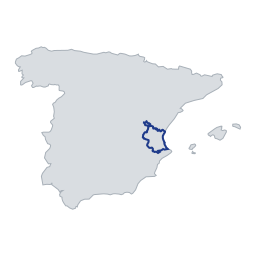 where Valencia sits in Spain
{"feature_id": "ESP-5849", "entity_name": "Valencia", "entity_type": "Autonomous Community", "adm_level": 1, "iso_a3": "ESP", "parent_name": "Spain", "parent_adm1": "", "projection": "natural_earth1", "projection_center": [-1.049, 39.449], "detail": "fine", "context": "in_parent", "style": "outline", "palette": "blue", "viewbox_px": 256, "rotation_deg": 0, "n_neighbors": 0, "source": "natural_earth", "source_scale": "10m", "svg_char_len": 6501}
<svg xmlns="http://www.w3.org/2000/svg" viewBox="0 0 256 256"><path d="M138.4,54.2L138.4,55.0L139.7,56.3L143.7,57.1L144.7,57.7L144.5,59.6L143.6,61.2L144.4,62.0L145.4,61.9L146.6,60.6L146.8,61.5L148.6,62.3L152.6,63.8L155.4,64.0L158.4,66.9L163.1,66.4L167.4,69.2L171.4,68.6L172.3,69.1L178.5,69.2L178.8,66.9L179.6,66.0L190.4,69.2L191.7,71.2L191.5,72.2L192.1,74.5L193.5,74.4L196.4,73.1L200.0,74.7L201.0,76.1L201.8,76.2L204.6,74.8L212.1,76.5L212.4,75.4L212.9,75.1L216.0,74.1L217.3,73.8L221.3,74.6L221.8,75.9L222.6,76.4L222.9,77.6L220.6,78.2L220.4,80.2L221.9,81.9L222.1,84.8L218.1,88.5L206.6,94.8L202.9,98.5L194.3,100.4L185.4,103.2L180.2,108.3L181.5,108.7L183.1,110.4L182.6,111.1L180.3,112.3L178.2,112.6L174.3,118.8L169.0,125.2L167.0,128.1L162.8,135.6L162.8,137.8L164.9,145.2L166.1,147.2L167.8,148.8L171.0,150.2L171.8,151.6L170.7,152.9L167.5,155.2L162.0,158.4L159.6,160.9L159.1,163.3L157.5,164.4L156.9,167.7L154.7,172.4L154.5,173.7L156.2,175.4L154.5,176.4L146.0,176.8L140.7,180.5L138.0,183.7L135.6,189.8L132.7,193.4L131.4,194.0L129.4,192.5L126.9,192.2L124.4,192.7L123.2,194.0L121.2,194.7L119.2,194.1L115.0,193.7L113.2,193.8L110.2,194.8L107.7,194.1L103.5,193.8L94.3,194.6L93.2,195.0L89.1,199.1L84.6,199.2L80.6,200.8L77.8,204.8L77.3,206.9L76.5,206.4L75.9,206.6L75.5,208.2L72.7,209.2L69.6,207.9L67.1,205.9L65.7,205.8L63.6,202.7L62.6,200.8L62.0,198.6L62.0,197.2L60.0,196.3L59.6,194.4L61.0,191.9L63.0,190.5L61.2,190.6L59.9,192.2L58.3,189.6L51.7,184.6L52.1,182.8L51.0,184.1L50.2,184.5L46.8,184.3L42.9,184.9L41.4,176.3L42.5,173.3L47.0,167.4L49.7,166.6L50.9,163.6L48.4,163.8L44.5,157.9L45.7,152.5L49.7,148.5L50.4,146.8L50.6,145.3L49.8,144.3L47.7,143.7L45.5,139.4L45.1,136.8L43.3,135.3L41.8,132.6L43.2,132.2L48.8,132.2L50.2,131.5L51.3,129.8L52.4,126.8L52.7,125.1L50.6,122.5L50.5,122.0L50.8,121.1L54.3,118.3L53.6,116.2L54.3,111.8L54.0,109.2L53.7,107.1L52.6,104.4L53.4,103.2L55.2,102.3L56.7,100.0L58.8,98.2L61.5,96.7L64.7,93.4L64.3,91.9L63.2,91.1L59.3,90.5L59.1,89.8L59.2,86.2L58.2,84.8L56.8,85.0L54.6,84.4L54.1,84.8L51.3,84.6L49.4,84.0L48.6,84.5L48.3,85.8L45.1,87.1L43.3,87.0L40.3,85.9L36.9,86.3L36.5,86.0L33.6,87.5L32.6,87.5L31.5,85.8L33.1,83.2L31.8,80.8L30.9,80.7L25.5,82.5L22.3,84.8L21.0,85.1L20.6,84.7L20.6,81.4L23.9,77.9L21.9,77.6L22.0,76.6L23.4,75.0L22.0,73.8L22.2,70.2L19.2,71.4L18.5,71.2L18.5,69.8L20.3,66.9L18.5,66.6L17.1,65.5L15.4,63.2L15.4,62.0L16.4,59.1L19.0,57.7L21.6,55.8L25.0,56.1L30.2,54.5L31.9,53.6L31.9,52.4L31.3,51.5L31.9,50.6L36.1,48.3L38.6,48.0L41.2,46.8L42.9,47.6L44.4,47.3L46.1,48.2L48.3,50.3L51.6,51.2L54.2,50.5L67.8,50.3L71.6,49.3L74.6,50.6L80.4,51.2L83.8,52.3L93.4,54.1L96.9,54.1L103.9,52.3L105.8,52.8L108.6,51.9L109.9,52.1L111.6,53.3L117.8,55.0L119.4,53.6L120.6,53.3L125.0,54.1L129.4,55.9L131.8,56.0L135.1,55.5L138.4,54.2ZM221.1,129.9L222.7,130.6L224.4,130.0L225.3,130.2L226.2,130.5L226.4,131.9L222.9,138.4L220.0,140.2L217.1,138.8L215.4,138.4L214.9,137.9L214.4,135.8L213.7,135.1L212.6,134.8L210.3,136.5L209.6,135.4L208.5,135.2L208.1,134.5L208.1,133.6L215.0,128.6L217.0,127.4L221.2,126.1L221.9,126.3L221.3,127.1L221.9,127.8L221.1,129.9ZM240.6,127.3L240.0,129.1L234.8,126.7L233.1,126.4L232.7,126.0L232.8,124.2L236.3,123.9L239.1,124.8L240.6,127.3ZM192.7,148.2L192.1,149.5L189.5,149.1L189.0,148.6L189.5,147.1L190.2,146.9L190.3,145.9L191.0,144.8L194.7,144.0L195.5,144.7L195.7,145.7L193.5,148.0L192.7,148.2ZM195.3,153.4L194.9,153.7L192.1,153.5L192.0,152.6L192.6,151.4L193.6,152.6L195.2,152.8L195.3,153.4Z" fill="#d9dde1" stroke="#a8b0b8" stroke-width="1"/><path d="M165.0,131.5L164.9,132.2L164.8,132.6L164.6,132.8L164.2,133.3L164.0,133.6L163.8,133.9L163.7,134.3L163.6,134.6L163.1,135.3L162.9,135.7L162.8,136.4L162.8,137.5L162.9,138.4L163.3,139.8L164.3,142.0L164.5,142.3L164.7,142.7L164.5,142.8L164.3,143.0L164.4,143.4L164.5,144.2L164.8,144.9L165.3,145.6L165.7,146.5L166.3,147.6L166.6,147.9L167.2,148.4L167.8,149.0L164.5,149.6L163.1,149.0L161.4,150.3L158.3,150.8L158.8,151.7L159.2,151.6L159.4,151.5L159.6,151.6L159.8,151.9L158.0,153.0L157.7,152.8L157.4,152.5L156.1,151.7L155.8,151.7L154.6,152.0L154.4,151.9L153.9,151.4L153.6,151.3L153.2,151.4L152.9,151.3L152.7,151.0L152.9,150.9L152.9,150.6L153.0,150.5L153.0,150.3L153.0,150.2L152.8,149.6L152.8,149.4L152.8,149.1L152.9,148.9L152.8,148.7L152.2,147.8L152.0,147.7L151.8,147.6L151.7,147.6L151.2,147.8L150.9,147.9L150.4,147.8L149.9,147.9L149.5,147.9L149.3,147.8L149.0,147.6L147.3,145.7L147.2,145.5L147.1,145.2L147.2,144.8L147.2,144.7L147.3,144.4L147.5,144.1L147.5,143.9L147.6,143.6L147.7,143.4L147.9,143.2L148.0,143.1L148.1,142.9L148.3,142.6L148.4,142.3L148.4,142.2L148.5,142.0L148.5,141.9L148.6,141.6L148.5,141.4L148.5,141.1L148.6,140.8L148.6,140.6L148.6,140.3L148.5,140.1L146.3,139.4L146.1,139.4L145.8,139.3L145.1,138.9L144.7,138.7L144.5,138.8L144.4,138.8L144.2,138.8L144.0,138.7L143.9,138.4L143.9,138.2L143.7,138.2L143.4,137.9L143.3,137.7L143.1,137.7L142.9,137.4L142.8,137.2L142.9,136.9L143.0,136.5L143.0,136.3L143.0,136.2L143.1,135.9L143.1,135.7L143.1,135.4L143.1,135.2L143.1,134.9L143.2,134.7L143.4,134.5L143.6,134.4L143.7,134.1L144.3,133.0L144.4,132.8L144.8,132.5L145.1,132.2L145.3,132.2L145.6,132.2L145.9,132.3L146.0,132.4L146.5,132.4L146.8,132.3L146.9,132.2L147.0,132.1L147.1,131.9L147.1,131.7L147.0,131.4L147.0,131.1L147.0,130.9L147.4,130.2L147.6,130.0L147.7,129.8L147.9,129.5L148.1,128.4L148.2,128.0L148.2,127.7L148.2,127.4L148.2,127.2L148.1,126.9L148.1,126.7L148.9,126.3L149.1,126.1L149.4,126.3L149.7,126.2L149.9,126.2L150.2,126.0L150.6,126.0L151.2,126.0L151.5,126.0L152.0,126.1L152.8,126.4L153.1,126.7L153.1,126.9L153.1,127.1L153.0,127.3L153.0,127.5L153.1,127.9L153.1,128.0L153.2,128.3L153.3,128.5L153.6,128.6L153.9,128.6L154.1,128.6L155.0,128.1L155.3,128.3L155.9,129.3L156.3,129.4L156.7,128.6L157.3,129.0L157.5,129.9L157.5,130.2L157.4,130.4L157.5,130.6L157.7,130.8L157.9,130.9L158.2,130.8L158.5,130.5L158.7,130.1L159.4,129.8L160.3,131.2L160.7,131.3L161.0,131.2L161.4,130.9L161.9,130.1L162.5,129.8L163.1,130.0L163.7,130.7L165.0,131.5ZM146.5,121.3L146.7,121.7L146.9,122.0L147.0,122.1L147.2,122.3L147.3,122.4L147.4,122.5L147.5,122.8L147.9,123.1L149.0,123.2L149.4,123.5L150.0,123.9L150.2,124.1L150.2,124.3L150.3,124.4L150.2,124.6L150.0,124.8L149.2,125.2L148.8,125.3L148.5,125.3L148.4,125.4L148.1,125.4L147.8,125.5L147.6,125.5L147.4,125.6L147.2,125.6L146.7,125.4L145.7,125.2L145.3,125.2L145.2,125.1L144.7,123.7L144.6,123.3L144.5,123.2L144.1,123.0L144.0,122.9L143.9,122.8L144.0,122.4L144.9,122.6L145.4,122.6L145.8,122.5L146.1,122.4L146.2,122.2L146.1,121.8L146.2,121.6L146.3,121.4L146.5,121.3Z" fill="none" stroke="#1e3a8a" stroke-width="2"/></svg>